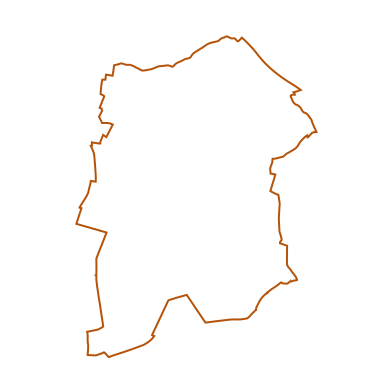 Duiven, Gelderland, Netherlands, rotated 169°
{"feature_id": "6326949B87096671163860", "entity_name": "Duiven", "entity_type": "district", "adm_level": 2, "iso_a3": "NLD", "parent_name": "Netherlands", "parent_adm1": "Gelderland", "projection": "mercator", "projection_center": [6.013, 51.947], "detail": "fine", "context": "isolated", "style": "outline", "palette": "amber", "viewbox_px": 384, "rotation_deg": 169, "n_neighbors": 0, "source": "geoboundaries", "source_scale": "gbopen_adm2", "svg_char_len": 5742}
<svg xmlns="http://www.w3.org/2000/svg" viewBox="0 0 384 384"><g transform="rotate(169 192 192)"><path d="M113.6,334.0L116.9,331.6L117.7,331.3L118.1,331.3L118.4,331.3L118.6,331.4L119.0,331.9L120.1,333.8L120.5,334.3L120.8,334.6L121.3,334.8L122.8,335.0L123.3,335.1L123.7,335.2L124.5,335.5L127.0,337.5L127.9,338.0L128.4,338.2L129.0,338.1L130.1,337.8L131.0,337.5L131.5,337.5L132.8,337.4L133.7,337.2L134.8,336.7L137.3,335.3L138.1,335.1L140.6,335.0L144.4,334.9L145.9,334.7L147.3,334.5L148.0,334.3L150.1,333.6L154.0,331.8L155.5,331.3L163.9,328.0L164.6,327.5L165.5,326.8L166.2,326.2L167.5,324.8L168.0,324.4L168.5,324.2L169.1,324.0L170.2,323.9L172.0,323.9L172.8,323.9L173.4,323.8L174.2,323.6L175.7,323.1L177.0,322.7L180.1,322.0L181.0,321.8L182.8,321.3L183.2,321.1L184.1,320.6L184.9,320.1L185.3,319.6L186.1,319.2L186.7,318.8L187.1,318.7L187.4,318.8L187.6,318.8L189.5,320.0L190.7,320.6L191.5,320.9L192.0,321.0L197.5,321.4L199.7,321.7L201.0,321.7L201.8,321.6L202.9,321.4L205.8,320.7L208.2,320.4L210.1,320.3L213.7,320.3L216.2,320.5L217.2,320.6L217.9,320.8L218.2,321.0L220.9,323.2L223.2,324.9L224.8,326.3L225.3,326.7L227.2,327.9L228.5,328.6L229.0,328.8L229.7,328.9L231.1,329.1L232.3,329.5L233.3,329.9L236.0,331.4L237.0,331.8L237.4,331.8L237.8,331.8L238.9,331.5L240.2,331.4L243.4,331.3L244.2,331.3L244.9,329.5L245.2,328.5L245.3,328.1L245.4,327.9L245.5,327.5L247.8,321.3L250.5,322.3L253.6,323.5L254.0,323.6L255.6,318.8L258.4,319.4L258.6,319.4L259.4,317.3L259.8,316.6L259.9,316.2L260.8,313.4L261.8,310.2L263.1,305.6L261.7,304.6L261.1,304.1L259.9,302.8L259.9,302.7L260.4,301.7L262.6,298.5L263.1,297.8L263.8,296.6L264.0,296.0L264.6,295.3L264.9,294.9L266.6,292.3L266.5,292.2L266.3,292.1L264.8,291.1L264.9,290.4L264.7,288.9L264.8,288.8L267.7,285.2L268.9,283.7L268.7,282.8L267.5,278.6L267.1,277.3L267.1,276.9L262.0,275.9L260.9,275.5L260.2,275.3L258.2,274.3L258.2,274.1L257.8,273.9L256.9,273.3L265.6,262.2L267.6,264.2L268.0,264.7L268.3,265.0L271.2,260.6L272.6,258.4L272.8,257.1L273.1,257.1L273.4,257.2L277.1,258.4L280.8,259.8L281.4,256.6L282.5,256.7L281.6,252.8L281.0,249.3L280.9,247.7L281.0,246.4L281.2,244.4L282.0,237.2L283.3,226.8L284.0,223.0L284.6,220.5L289.2,222.2L289.6,220.9L291.9,215.9L292.1,215.6L293.4,212.6L293.5,212.3L294.0,211.3L294.5,210.4L295.8,208.7L297.4,206.8L298.5,205.6L301.5,202.5L305.3,198.3L305.4,198.1L303.6,197.2L311.6,182.8L283.6,168.5L286.1,164.6L290.7,157.3L293.5,153.0L298.6,144.9L299.9,137.8L300.3,135.6L301.8,128.4L302.0,128.4L301.9,128.3L301.9,128.1L302.6,124.2L303.1,118.2L303.4,110.7L303.6,108.2L303.8,100.1L304.1,93.4L304.8,76.9L305.1,76.7L307.3,75.8L310.7,74.9L318.4,74.8L321.7,74.8L321.5,73.7L321.5,73.4L322.1,69.1L322.6,67.7L322.7,66.1L323.0,64.6L323.1,63.5L323.1,61.7L323.2,60.9L323.9,58.0L324.6,55.1L325.3,53.0L325.6,52.0L325.0,51.7L324.6,51.6L319.8,50.5L319.2,50.4L318.1,50.0L317.3,50.0L316.6,50.1L315.0,50.3L311.4,50.8L310.2,51.0L309.4,51.4L308.8,51.3L308.2,50.6L305.5,46.2L305.2,45.9L304.6,45.8L304.2,45.9L302.5,46.3L299.6,46.7L290.4,47.8L281.0,49.1L272.4,50.5L269.5,51.0L268.4,51.2L265.9,52.1L262.8,53.4L262.4,53.7L260.3,54.8L259.4,55.4L258.8,55.9L256.6,57.8L258.5,59.2L253.8,65.6L236.0,90.0L235.5,90.2L228.0,91.1L216.8,92.0L209.9,75.7L203.7,61.2L194.1,60.6L179.0,59.5L178.2,59.4L176.1,59.1L169.2,57.7L167.7,57.6L162.5,57.4L162.0,57.4L161.5,57.6L160.5,58.1L158.7,59.3L158.5,59.6L155.6,61.5L152.5,63.7L152.0,64.0L151.6,64.0L151.4,65.2L151.1,66.0L149.9,67.6L146.7,71.8L145.6,72.9L144.0,74.5L143.0,75.3L141.2,76.6L140.3,77.2L138.6,78.1L138.3,78.3L138.2,78.4L137.8,78.6L137.6,78.3L137.2,78.5L137.4,78.8L137.3,79.1L134.5,80.3L132.3,81.5L129.3,82.7L128.2,83.2L127.2,83.5L125.9,84.2L122.8,85.8L121.6,86.2L121.4,86.1L120.8,85.3L120.4,85.0L119.0,84.6L117.4,84.1L116.7,84.0L115.7,84.0L115.3,84.1L114.8,84.4L114.4,84.7L114.1,84.8L113.3,85.1L112.7,85.4L112.4,85.7L112.3,85.3L111.8,85.3L110.8,85.3L109.9,85.5L109.5,85.6L108.5,85.6L107.5,85.4L106.5,85.6L105.8,85.5L105.7,85.6L105.7,86.3L106.2,88.7L107.7,91.9L108.9,94.1L109.2,94.9L110.7,98.1L111.9,100.2L112.3,101.3L112.5,102.0L112.5,102.5L112.1,105.6L111.6,108.0L110.4,114.0L108.9,121.1L115.4,124.9L115.3,125.3L115.2,125.8L114.9,126.3L114.4,126.8L113.3,127.7L113.1,127.9L113.0,128.3L113.0,128.6L113.1,130.3L113.2,132.1L113.4,134.1L113.7,136.2L112.1,147.6L111.8,149.4L111.7,150.1L111.0,152.7L109.3,159.4L108.2,163.5L108.1,164.3L107.8,170.3L107.9,170.7L107.8,170.9L107.8,172.4L107.8,172.8L108.4,173.1L109.7,173.9L112.5,176.0L114.2,177.4L114.9,178.0L111.6,184.2L109.0,189.0L108.1,190.9L106.9,193.3L111.3,195.1L110.9,199.4L110.8,199.9L110.7,200.4L110.5,200.9L110.2,201.4L107.6,205.7L107.5,205.9L106.6,209.2L105.5,209.0L103.5,208.9L102.4,208.9L100.2,209.1L96.1,209.3L95.3,209.5L92.3,211.4L89.4,212.3L83.3,214.5L82.5,214.9L82.1,215.1L81.5,215.5L79.9,216.6L79.3,217.2L77.4,219.3L75.4,221.2L75.0,221.5L73.3,222.7L70.3,224.7L68.8,225.4L68.1,225.6L68.2,225.0L68.2,223.6L67.4,223.8L67.0,224.0L64.7,225.8L63.0,227.1L61.4,227.4L60.4,227.5L59.7,227.3L59.2,227.1L58.4,227.1L58.6,227.9L59.3,231.1L59.7,232.5L59.8,233.1L60.3,235.5L60.6,236.7L61.0,240.0L61.1,240.4L62.1,242.6L62.8,244.0L63.7,245.8L64.0,246.3L64.4,246.7L65.0,247.4L65.4,247.8L66.7,248.6L67.0,248.9L67.3,249.1L67.5,249.4L67.8,249.8L68.2,250.6L68.2,250.8L68.6,251.7L69.0,252.6L69.1,253.2L69.4,254.0L69.9,254.9L70.1,255.2L70.9,256.0L71.8,257.1L73.7,258.3L74.2,258.9L74.7,259.6L75.0,260.1L75.4,260.8L75.8,262.1L76.0,262.6L76.1,263.6L76.4,264.6L76.9,267.3L76.9,267.5L76.5,267.9L76.4,268.0L75.8,268.2L74.7,268.3L72.5,267.9L72.6,268.8L72.7,269.5L73.3,270.5L71.1,270.6L70.7,270.7L68.8,270.9L65.8,271.4L69.9,275.7L77.0,282.4L79.6,285.0L82.3,287.7L84.6,290.3L87.8,293.9L91.8,298.9L95.3,303.9L98.0,308.3L100.1,312.0L102.2,316.1L104.4,320.2L106.9,324.3L109.5,328.3L112.3,332.3L113.6,334.0Z" fill="none" stroke="#b45309" stroke-width="2"/></g></svg>